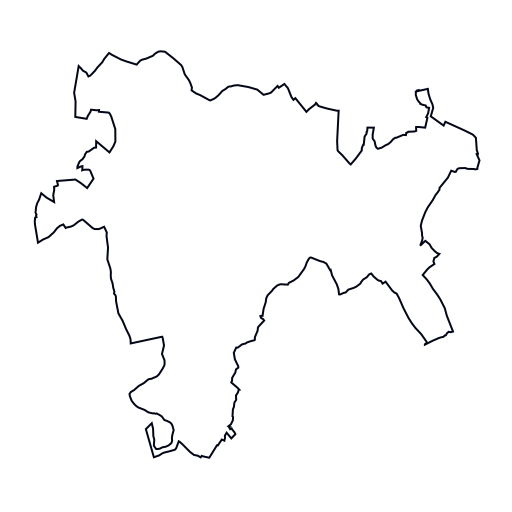 Mociu, Cluj, Romania, rotated 271°
{"feature_id": "2599482B12585032376089", "entity_name": "Mociu", "entity_type": "district", "adm_level": 2, "iso_a3": "ROU", "parent_name": "Romania", "parent_adm1": "Cluj", "projection": "albers", "projection_center": [24.018, 46.791], "detail": "fine", "context": "isolated", "style": "outline", "palette": "ink", "viewbox_px": 512, "rotation_deg": 271, "n_neighbors": 0, "source": "geoboundaries", "source_scale": "gbopen_adm2", "svg_char_len": 6015}
<svg xmlns="http://www.w3.org/2000/svg" viewBox="0 0 512 512"><g transform="rotate(271 256 256)"><path d="M378.0,473.8L380.9,471.0L381.4,470.2L385.2,462.2L393.5,443.0L389.7,441.3L398.7,428.3L407.2,430.6L410.6,429.8L416.1,427.3L421.5,425.6L426.1,424.9L423.9,415.7L424.7,415.7L424.2,413.9L423.3,413.7L423.1,412.9L419.6,413.0L415.5,414.4L413.7,415.6L411.3,417.8L411.0,417.7L410.3,419.3L409.4,423.1L407.6,423.8L407.2,426.5L401.6,425.6L397.8,423.8L397.2,425.0L387.3,422.9L387.9,415.3L387.7,413.8L383.9,414.0L383.2,412.0L382.9,406.0L382.2,405.5L381.8,404.1L379.5,403.8L379.7,401.1L376.7,394.3L376.6,393.0L375.0,390.9L372.2,388.6L370.0,385.9L369.1,383.8L366.6,379.9L365.4,376.3L365.4,375.8L366.8,374.3L368.7,373.5L372.7,372.6L375.5,370.6L379.2,370.5L386.4,371.6L386.3,365.2L382.7,365.0L381.8,364.3L380.7,364.5L379.9,364.2L377.3,362.5L369.2,361.8L369.2,361.3L367.1,360.4L365.5,359.9L363.3,359.9L355.2,354.1L349.2,349.1L349.9,348.1L358.2,340.6L362.1,336.4L363.1,335.7L372.3,335.1L402.7,336.1L402.7,334.2L404.8,323.9L407.0,315.9L407.6,315.7L408.0,314.9L409.2,314.3L410.1,313.3L408.5,312.4L403.7,306.4L401.0,303.9L414.5,292.6L412.8,290.7L415.5,288.7L424.3,285.0L428.5,281.4L424.6,275.9L426.4,274.6L419.8,268.3L419.0,266.8L417.3,260.8L422.4,254.3L424.8,245.4L426.5,234.7L426.1,231.1L425.1,227.8L425.0,226.1L424.4,224.9L422.4,222.6L420.4,219.4L416.1,215.7L413.5,212.8L412.3,211.0L410.8,207.6L410.8,207.1L416.0,197.1L417.5,193.2L420.5,188.7L423.3,189.0L428.0,187.2L430.6,185.9L436.4,181.6L443.6,179.1L445.6,177.8L452.0,170.2L458.4,161.8L458.7,161.0L459.0,157.3L458.6,154.8L456.7,151.7L454.4,149.4L451.5,143.0L450.3,138.7L449.3,136.8L445.3,133.3L448.4,122.6L450.2,117.4L454.8,108.1L456.4,105.5L450.4,100.8L446.9,98.8L441.7,94.1L438.3,91.7L433.6,87.3L432.6,85.3L435.9,83.5L436.6,82.9L438.2,79.8L440.6,77.7L442.8,75.4L416.0,71.3L407.4,72.9L391.9,72.9L390.2,84.3L393.1,85.4L397.4,88.0L399.4,88.5L398.9,94.2L399.2,96.5L397.5,96.4L396.8,106.3L395.8,107.3L393.0,108.8L380.4,113.1L368.0,113.4L363.3,111.5L357.0,107.7L368.0,94.2L361.6,94.2L361.4,92.2L357.6,87.0L357.1,84.9L354.6,83.3L352.1,82.6L351.6,82.0L349.9,81.0L347.9,78.5L346.9,77.7L342.4,75.9L340.8,75.9L342.3,78.9L342.8,80.9L338.7,80.8L339.0,81.4L339.3,83.2L339.4,87.1L339.2,87.9L338.3,88.8L330.5,92.2L321.0,86.0L325.7,79.8L329.3,74.1L327.5,55.7L323.4,56.8L322.9,56.5L321.7,52.9L318.5,53.1L313.3,52.2L306.4,53.2L310.7,45.6L315.0,40.2L308.5,38.1L304.9,36.3L301.2,35.3L295.5,34.8L293.5,35.8L292.8,35.4L291.0,35.8L290.8,34.8L290.4,34.5L286.9,34.2L283.9,34.4L265.5,37.8L268.7,42.7L271.3,48.3L276.2,53.5L280.2,56.5L282.7,59.4L284.2,62.8L280.7,65.2L281.2,66.2L282.1,70.2L283.3,72.9L287.4,78.0L289.4,81.5L289.3,82.2L288.5,83.3L281.2,92.0L280.1,94.2L280.2,98.6L282.6,103.6L277.8,106.0L276.6,106.4L273.3,106.2L261.8,107.9L250.1,107.4L241.0,110.6L237.4,111.2L233.9,111.1L230.8,111.4L226.0,113.1L221.8,113.8L218.1,115.0L215.9,114.7L214.4,116.1L213.1,116.6L208.1,116.9L196.3,119.4L188.8,123.8L180.6,127.4L174.3,130.7L170.6,132.0L166.4,132.3L173.4,162.4L173.6,163.7L172.1,164.2L164.9,165.6L156.4,163.7L150.2,166.3L147.2,166.5L145.1,166.3L141.7,164.6L135.9,161.0L133.9,159.0L131.5,153.8L131.0,151.0L130.6,150.3L127.0,146.1L124.0,141.0L119.8,136.4L117.9,133.3L115.8,131.9L113.2,132.5L109.1,134.2L106.2,136.5L103.8,139.0L102.5,141.0L100.2,147.2L97.8,151.1L96.9,155.1L96.8,156.4L97.0,156.8L96.5,158.5L96.8,159.5L95.1,162.8L94.0,164.5L90.4,167.3L89.5,170.1L87.9,173.3L86.2,174.8L84.6,175.5L80.4,176.7L75.3,175.4L72.2,175.1L69.7,175.4L67.4,174.6L65.0,171.8L63.7,168.9L63.1,165.8L61.7,163.2L61.3,160.8L61.3,159.5L64.5,157.2L70.5,157.5L74.2,156.5L81.6,156.1L87.0,154.7L81.0,148.9L53.0,157.4L55.0,162.8L56.9,165.5L57.8,167.5L59.4,173.5L60.9,178.3L62.3,179.5L69.4,182.0L68.9,182.9L66.2,186.0L58.9,193.5L56.0,197.5L55.3,201.3L53.7,204.2L55.2,205.2L54.7,206.7L53.5,212.8L66.1,220.3L66.3,220.7L66.0,221.2L71.9,225.0L70.8,227.6L73.7,228.2L75.8,228.0L78.8,229.7L73.2,234.5L77.5,238.5L79.3,237.6L81.8,235.5L83.1,234.7L82.4,233.2L84.6,231.9L84.8,232.5L85.3,231.4L87.2,233.8L91.2,235.7L94.6,235.9L95.3,235.3L102.2,235.6L105.0,236.6L108.9,236.9L111.9,238.7L116.2,238.4L119.2,240.3L121.8,241.0L122.0,241.7L124.1,239.6L129.1,233.5L130.9,234.2L133.8,234.3L139.0,237.3L142.3,238.0L144.1,240.3L145.6,240.1L152.3,236.7L158.8,235.5L164.1,237.8L164.1,239.4L167.4,243.6L168.3,247.0L169.5,248.7L170.8,252.4L171.7,255.7L172.2,256.3L174.8,256.3L181.3,258.9L184.4,259.2L185.3,259.6L191.6,265.3L193.0,264.2L194.2,262.1L196.0,261.4L196.4,262.8L196.3,263.6L203.2,264.5L209.9,266.5L213.9,267.0L216.9,268.3L221.8,272.9L223.2,273.7L226.8,277.6L227.8,279.7L228.2,281.3L227.9,288.3L229.7,289.3L232.1,293.9L235.7,298.6L243.9,304.3L246.5,305.6L250.2,306.8L253.7,308.6L255.1,309.7L255.4,310.3L255.4,311.2L251.9,320.4L251.3,323.4L249.6,326.5L243.1,330.4L243.4,330.9L238.0,332.4L229.0,337.3L224.3,339.0L219.1,339.7L219.0,340.8L220.6,344.2L221.1,346.3L224.0,348.9L225.8,354.2L227.1,356.8L230.2,360.8L231.5,361.4L234.3,363.5L236.8,367.3L239.1,369.0L239.9,370.0L240.5,371.6L237.6,373.9L234.5,377.6L233.7,378.8L233.1,381.4L230.6,383.1L232.6,386.0L223.8,392.8L221.7,395.3L221.7,395.7L220.8,397.3L216.4,399.8L206.1,404.5L196.5,409.7L191.2,413.2L186.9,416.6L180.7,422.6L173.4,427.9L172.0,428.3L170.7,426.4L170.3,426.4L174.4,434.2L177.2,440.3L178.1,443.1L178.4,444.8L179.8,446.0L180.0,447.2L182.1,448.3L183.6,450.0L183.2,451.9L183.9,454.3L199.7,447.8L207.0,445.7L215.7,441.1L220.4,438.0L226.2,433.5L231.6,430.2L235.5,427.2L239.9,423.0L245.8,427.7L247.9,429.9L251.1,434.5L253.7,433.5L257.1,434.3L258.5,436.8L261.3,439.3L262.1,437.0L264.0,434.6L267.1,431.5L270.8,429.3L274.1,425.0L269.2,420.0L274.5,421.9L277.3,422.3L279.2,421.7L281.8,421.6L289.0,420.2L294.4,421.4L302.8,424.5L307.3,426.7L314.9,431.7L320.2,434.5L322.6,436.4L325.6,438.3L327.3,438.3L337.7,446.5L344.7,449.7L343.6,453.0L343.6,454.2L346.5,455.9L347.2,457.2L347.4,458.9L347.6,463.8L346.8,465.8L346.8,472.4L346.4,473.7L346.9,475.8L348.5,475.9L355.5,477.8L361.8,474.8L361.9,475.0L361.0,475.8L362.0,476.2L365.7,474.9L378.0,473.8Z" fill="none" stroke="#020617" stroke-width="2"/></g></svg>